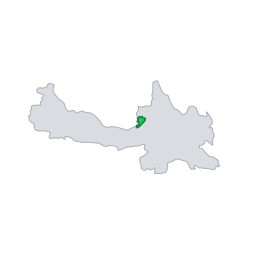 Thaphabath, Bolikhamxai, Laos shown in context, rotated 136°
{"feature_id": "54806243B39354451969384", "entity_name": "Thaphabath", "entity_type": "district", "adm_level": 2, "iso_a3": "LAO", "parent_name": "Laos", "parent_adm1": "Bolikhamxai", "projection": "natural_earth1", "projection_center": [103.109, 18.364], "detail": "fine", "context": "in_parent", "style": "filled", "palette": "green", "viewbox_px": 256, "rotation_deg": 136, "n_neighbors": 0, "source": "geoboundaries", "source_scale": "gbopen_adm2", "svg_char_len": 5507}
<svg xmlns="http://www.w3.org/2000/svg" viewBox="0 0 256 256"><g transform="rotate(136 128 128)"><path d="M96.2,39.5L97.2,41.5L101.9,46.9L102.7,48.4L104.4,49.6L105.8,54.4L106.4,54.7L107.1,54.4L107.7,53.7L108.2,51.8L108.5,51.6L109.0,53.2L110.3,53.6L110.9,54.3L111.1,55.5L110.9,56.7L109.8,59.4L109.1,63.1L113.7,71.1L115.6,72.2L120.1,73.5L123.2,75.2L124.6,74.8L126.0,72.8L127.6,71.7L130.6,70.0L131.5,69.9L133.2,70.6L136.0,72.6L140.2,76.3L140.0,77.3L139.3,78.2L137.0,79.7L136.3,80.6L136.8,81.0L138.6,81.2L140.8,82.1L141.5,83.0L141.9,85.3L142.3,85.7L144.3,85.4L144.9,85.7L145.7,86.4L146.4,88.3L146.4,89.6L144.4,92.1L144.1,93.5L143.1,95.2L140.3,98.1L139.6,98.3L134.4,96.7L130.3,96.9L130.0,97.5L130.7,99.3L130.9,101.0L130.3,102.3L127.9,104.0L127.8,104.8L128.3,105.6L131.7,107.1L142.7,115.4L147.6,117.0L149.8,118.1L150.4,118.7L150.4,119.4L149.8,120.3L149.3,122.0L149.3,122.9L149.8,123.9L150.7,125.3L153.8,128.5L156.0,129.2L158.4,132.8L159.1,136.0L160.3,138.1L166.0,144.9L170.7,149.1L173.6,153.7L174.9,154.7L175.4,156.3L175.8,161.1L177.4,163.5L177.8,164.5L178.5,165.2L179.3,165.3L180.9,163.8L181.3,164.0L182.0,166.5L182.7,167.4L185.2,169.0L187.9,172.0L189.4,173.2L191.2,174.0L191.4,175.0L191.1,176.0L190.5,176.6L187.4,178.4L187.0,179.1L189.1,183.0L194.3,187.8L195.9,190.7L195.6,192.1L194.2,194.9L193.1,195.7L192.8,196.6L193.6,198.9L193.5,202.4L192.6,203.2L191.7,205.4L191.0,205.6L189.5,204.8L186.2,208.5L184.7,208.3L183.1,210.4L180.9,210.7L179.4,209.1L176.3,206.6L175.1,205.1L174.2,206.4L172.5,207.7L170.2,207.2L169.5,209.1L169.1,209.5L166.2,209.8L165.7,210.1L166.2,211.8L167.9,214.6L168.4,216.3L167.3,219.0L164.4,218.9L163.1,217.8L161.4,215.5L157.6,214.0L155.1,215.1L154.3,215.0L152.4,213.1L151.7,211.8L151.3,210.0L154.2,208.5L155.6,207.3L156.6,206.1L157.0,204.8L157.4,199.5L157.8,197.6L157.6,195.3L156.8,193.4L156.8,190.7L157.2,188.5L158.3,187.4L159.1,185.8L159.5,182.2L159.2,181.3L158.1,180.4L156.3,179.6L155.1,178.5L154.7,177.3L154.7,176.2L155.2,175.2L153.9,174.1L150.6,173.0L148.7,171.5L148.4,169.9L147.0,167.7L144.6,165.1L143.4,161.2L143.2,156.2L143.5,152.1L144.5,147.3L143.1,143.9L141.6,142.1L139.5,140.8L137.5,138.9L135.6,136.4L133.3,132.7L130.7,127.9L128.9,125.7L128.0,126.2L126.1,125.8L123.1,124.4L120.6,123.6L118.4,123.5L117.0,123.8L116.3,124.6L116.3,125.3L116.8,126.0L116.5,126.6L115.4,127.0L114.5,127.8L113.4,129.6L112.7,131.9L111.6,132.8L110.0,133.0L108.3,133.7L106.7,134.8L106.0,135.6L106.0,136.2L105.7,136.4L104.9,136.0L104.5,135.3L104.6,134.1L103.7,133.2L102.1,132.8L100.1,131.5L96.5,128.2L95.6,128.0L94.4,128.9L92.9,130.8L91.6,131.5L90.5,131.1L89.7,131.8L89.2,133.5L88.2,134.8L83.2,138.5L78.8,143.1L77.7,143.5L75.0,142.2L74.1,141.3L77.8,131.8L78.4,129.5L78.3,126.4L76.7,123.9L76.7,123.1L76.9,122.3L78.8,119.4L81.0,111.8L80.9,109.4L80.0,106.8L79.4,104.3L79.9,100.9L79.7,99.6L78.7,99.0L75.3,98.3L73.4,98.8L72.4,99.8L71.3,100.3L69.2,100.6L67.2,99.5L65.5,97.6L65.1,95.2L67.2,90.1L67.8,88.1L67.7,87.2L67.3,86.2L66.8,86.1L65.8,84.9L64.7,82.8L63.7,81.8L62.8,82.0L62.0,82.8L60.5,84.8L60.1,84.5L61.4,77.5L62.6,74.5L63.9,73.1L65.4,72.5L66.9,72.7L68.2,72.5L69.3,71.8L69.2,71.3L67.9,71.2L67.5,70.4L67.7,68.9L68.3,68.0L69.1,67.5L69.9,66.0L70.7,63.4L71.7,62.1L72.8,62.1L74.7,61.0L77.5,58.8L78.5,56.7L79.6,57.7L79.2,60.1L79.7,60.6L80.0,61.5L79.8,62.9L80.0,64.0L80.5,64.6L81.1,64.9L84.0,63.9L85.7,63.8L88.6,65.6L90.4,64.3L90.4,63.8L89.0,62.1L89.4,55.9L89.2,51.2L86.9,47.7L86.4,46.3L86.1,44.1L85.5,42.1L87.2,40.6L88.1,37.7L89.3,37.0L89.7,37.1L91.1,39.3L93.0,38.2L94.4,38.2L95.6,38.8L96.2,39.5Z" fill="#d9dde1" stroke="#a8b0b8" stroke-width="1"/><path d="M114.2,121.4L113.9,121.4L113.7,121.4L113.4,121.4L113.2,121.4L112.7,121.4L112.4,121.4L112.3,121.5L112.2,121.5L112.0,121.4L111.9,121.4L111.7,121.4L111.3,121.4L111.2,121.4L111.0,121.5L110.9,121.6L110.8,121.8L110.7,121.8L110.4,121.9L110.4,122.0L110.2,122.1L110.1,122.3L109.9,122.3L109.8,122.5L109.8,122.4L109.7,122.4L109.6,122.5L109.4,122.5L109.2,122.4L109.1,122.5L108.9,122.5L108.7,122.5L108.7,122.4L108.7,122.5L108.8,122.7L108.9,123.1L109.1,123.3L109.2,123.5L109.3,123.6L109.4,123.8L109.5,124.0L109.8,124.3L109.9,124.5L110.0,124.9L110.0,125.2L110.0,125.4L110.0,125.5L109.9,125.5L109.9,125.8L110.0,125.9L110.0,126.0L109.9,126.0L109.9,126.3L110.0,126.3L110.3,126.5L110.5,126.6L110.7,126.8L110.9,126.8L111.0,126.8L111.3,126.8L111.5,126.9L111.6,127.0L111.5,127.3L111.5,127.5L111.6,127.8L111.6,128.0L111.8,128.0L112.0,128.0L112.3,128.1L112.5,128.2L113.0,128.3L113.3,128.3L113.7,128.3L113.8,128.3L114.0,128.4L114.5,128.4L114.6,128.2L114.5,127.9L114.4,127.7L114.5,127.6L114.6,127.4L114.7,127.2L114.8,127.0L114.9,126.9L115.0,126.8L115.4,126.8L115.5,126.7L115.8,126.5L116.0,126.5L116.1,126.4L116.4,126.4L116.5,126.4L116.8,126.2L117.0,126.1L117.1,125.9L117.1,125.7L116.9,125.5L116.7,125.4L116.4,125.4L116.3,125.2L116.2,125.1L116.2,124.9L116.2,124.7L116.3,124.5L116.5,124.4L116.7,124.2L116.8,124.1L116.9,123.9L117.0,123.8L117.0,123.7L117.2,123.4L117.3,123.3L117.5,123.3L117.8,123.3L118.0,123.3L118.2,123.2L118.3,123.2L118.5,123.2L118.8,123.1L119.0,123.0L119.3,123.0L119.6,123.1L119.8,123.3L120.0,123.4L120.0,123.5L120.2,123.4L120.4,123.4L120.4,123.5L120.5,123.5L120.8,123.5L121.0,123.4L121.0,122.6L121.2,122.4L121.2,122.2L121.0,121.9L120.9,121.8L120.9,121.7L120.7,121.8L120.5,122.0L120.4,122.0L120.3,121.9L120.2,121.7L119.9,121.5L119.7,121.4L119.4,121.3L119.3,121.2L119.2,121.2L118.9,121.2L118.4,121.1L117.8,121.3L117.2,121.2L116.5,121.2L115.8,121.3L115.0,121.2L114.8,121.3L114.7,121.3L114.4,121.3L114.2,121.4Z" fill="#22c55e" stroke="#15803d" stroke-width="1.5"/></g></svg>